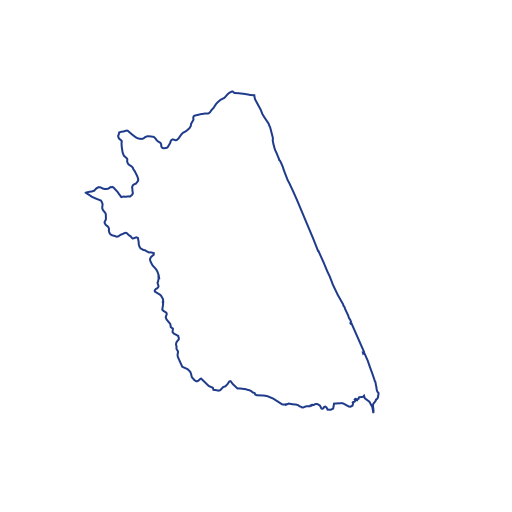 the district of Seluma, Bengkulu, Indonesia, rotated 210°
{"feature_id": "22746128B87861638449066", "entity_name": "Seluma", "entity_type": "district", "adm_level": 2, "iso_a3": "IDN", "parent_name": "Indonesia", "parent_adm1": "Bengkulu", "projection": "albers", "projection_center": [102.762, -4.08], "detail": "fine", "context": "isolated", "style": "outline", "palette": "blue", "viewbox_px": 512, "rotation_deg": 210, "n_neighbors": 0, "source": "geoboundaries", "source_scale": "gbopen_adm2", "svg_char_len": 6104}
<svg xmlns="http://www.w3.org/2000/svg" viewBox="0 0 512 512"><g transform="rotate(210 256 256)"><path d="M436.2,294.7L436.0,293.7L435.6,292.6L435.5,291.2L434.5,290.0L433.5,289.3L433.1,289.3L432.7,289.0L431.1,288.9L430.6,288.6L429.7,288.4L428.8,286.4L427.0,283.6L423.4,279.1L421.7,277.6L420.1,276.6L419.5,276.6L416.5,275.9L416.1,275.6L415.8,275.4L415.0,273.6L413.8,272.5L412.9,271.9L411.4,271.5L408.6,271.4L407.2,271.0L406.5,270.6L405.6,269.8L403.9,269.0L403.5,268.9L399.0,265.9L396.7,264.0L396.4,263.6L396.3,263.1L396.1,263.0L395.7,262.2L396.2,258.5L397.2,257.5L398.0,255.7L397.8,254.0L397.7,253.6L396.9,252.7L396.0,251.3L394.0,248.7L393.9,247.4L394.1,246.3L394.7,245.1L394.9,244.4L396.2,243.9L399.0,241.8L400.3,241.4L402.0,239.7L402.7,239.8L402.8,240.1L404.8,240.8L408.0,242.3L409.9,242.9L411.9,243.5L413.2,244.0L414.0,244.0L414.4,243.9L414.9,244.0L415.3,243.5L416.1,243.1L416.1,242.9L416.7,242.5L417.2,241.2L417.9,240.1L420.4,238.4L422.1,237.9L424.4,237.7L425.5,237.5L426.9,236.8L427.7,235.1L428.0,235.0L428.1,234.7L428.4,233.2L428.7,232.3L428.7,231.7L429.3,231.1L430.5,229.7L431.9,228.7L434.9,226.0L435.0,225.7L432.6,225.5L430.5,225.5L428.1,225.2L423.8,225.6L417.9,226.5L417.1,226.0L415.2,224.6L414.5,223.7L413.8,221.9L413.1,220.6L412.6,220.1L411.6,219.3L408.0,217.9L407.2,217.3L406.7,216.7L404.3,212.7L404.1,209.7L403.8,209.1L402.8,208.4L401.3,207.7L400.7,207.6L399.6,207.6L398.9,207.4L397.3,206.5L396.6,205.5L396.2,204.5L395.1,203.3L393.9,202.4L392.8,202.0L391.4,201.9L388.2,202.7L386.4,203.0L385.1,204.1L383.8,206.8L382.2,208.7L381.7,209.6L381.0,210.5L380.5,210.9L379.5,211.2L376.3,210.4L374.5,210.4L373.1,209.8L371.5,209.5L370.3,210.7L369.1,212.3L367.3,212.6L364.4,209.2L363.4,207.5L361.4,205.7L359.9,204.9L356.6,204.9L354.8,205.5L353.1,205.4L350.6,205.5L349.2,206.4L348.2,206.8L346.6,207.2L346.0,206.9L345.8,207.1L345.2,205.9L345.9,204.2L346.4,202.6L346.3,200.4L345.9,199.8L344.7,198.6L342.8,197.3L340.8,196.1L337.5,195.1L335.4,194.3L333.6,193.2L330.7,190.7L329.3,189.0L329.9,189.0L328.7,187.2L328.6,186.2L328.0,184.8L328.0,183.8L327.2,182.8L326.1,181.9L325.2,180.9L325.1,179.9L325.5,178.5L326.3,177.2L326.5,175.5L325.7,174.6L319.9,174.5L318.3,174.1L315.4,172.4L314.3,171.4L313.8,169.5L313.5,169.2L313.6,169.7L313.4,169.8L312.3,167.7L310.3,162.6L308.4,162.1L307.2,162.2L305.2,162.0L304.5,161.4L304.1,160.6L303.7,158.0L301.9,156.4L296.3,154.3L295.2,153.1L294.9,152.6L294.3,151.8L292.4,151.6L291.7,151.6L291.2,150.8L291.0,149.9L290.1,148.3L288.3,147.7L284.8,147.9L284.4,147.8L283.4,147.9L282.4,146.8L282.0,146.6L281.4,145.6L281.2,145.2L281.7,142.2L281.6,140.8L281.1,139.5L280.8,139.0L280.0,138.4L279.3,137.5L279.0,136.6L278.0,135.5L276.0,134.5L275.5,133.8L274.5,131.1L273.2,129.5L264.5,123.2L258.6,123.8L255.0,122.8L253.4,121.5L251.0,119.0L248.3,118.1L248.7,118.0L247.1,117.7L245.6,117.6L244.5,117.9L243.6,119.1L242.8,121.7L242.3,122.4L231.9,119.8L227.5,120.3L225.9,118.8L223.9,119.7L221.0,120.7L219.9,121.9L218.9,126.1L217.3,127.9L216.6,130.9L216.4,134.0L215.4,134.9L212.1,133.5L205.9,132.0L203.8,133.2L198.1,135.6L196.6,135.8L194.9,136.4L192.4,136.6L190.8,136.2L188.6,136.6L187.4,135.6L185.5,135.9L179.4,139.1L176.1,140.3L169.9,141.1L159.1,140.6L157.3,141.4L155.0,143.3L155.0,143.0L154.0,144.2L153.8,144.4L153.8,144.6L149.9,146.0L147.2,147.3L145.4,147.8L144.1,147.8L143.3,147.6L141.3,148.0L140.6,147.8L139.4,148.4L138.4,149.7L137.6,150.7L137.0,151.2L134.3,152.7L134.2,153.6L133.3,154.0L133.5,154.7L133.0,155.3L132.3,155.2L131.6,155.7L130.7,157.3L129.2,158.4L126.9,158.5L125.8,158.4L123.2,156.7L122.2,156.8L121.5,157.9L121.6,159.1L120.9,160.1L120.6,160.3L119.8,160.2L118.9,159.9L117.8,159.2L117.2,158.7L114.3,160.3L112.9,162.5L114.6,167.2L108.2,171.4L107.3,171.8L104.2,172.0L102.2,172.0L100.1,172.1L98.7,172.8L98.4,173.6L97.6,174.5L98.1,176.6L98.4,177.2L99.0,177.5L98.9,178.1L97.9,179.0L97.7,179.5L97.7,179.9L98.0,180.8L98.2,181.0L98.7,181.1L98.6,181.9L98.4,182.1L98.1,182.2L97.4,181.5L96.7,181.4L96.3,181.6L96.5,182.6L95.8,183.6L96.1,184.5L96.1,185.2L92.9,187.5L92.6,189.0L90.7,187.2L84.9,186.5L79.7,183.3L75.8,178.6L76.9,180.8L80.1,185.2L80.5,186.7L80.0,189.9L80.0,190.9L80.3,191.6L79.7,192.8L79.6,194.1L79.8,195.1L80.3,195.8L80.7,197.4L81.5,198.7L82.4,198.9L83.6,199.6L85.1,201.1L86.2,202.7L87.2,203.7L89.6,206.6L90.5,207.0L92.2,208.6L97.5,213.2L101.4,216.4L106.9,221.2L113.2,225.8L114.0,225.6L114.3,225.0L115.1,225.8L114.6,226.0L114.2,226.3L114.4,226.9L139.5,245.3L140.1,244.7L140.7,245.1L140.8,245.9L141.0,246.7L142.6,247.9L144.4,248.7L146.7,250.8L152.4,254.7L153.9,256.1L155.1,256.5L155.7,256.9L156.2,257.6L165.6,263.1L174.8,269.4L182.0,275.2L186.8,278.5L194.2,284.2L204.5,291.6L204.8,291.4L215.1,299.6L248.8,325.2L255.8,330.3L263.5,335.7L266.6,337.6L275.6,344.9L275.6,345.0L277.4,346.6L280.3,348.8L283.0,350.6L284.1,350.8L284.6,351.5L289.9,355.6L292.4,357.3L294.6,359.3L295.5,360.4L296.3,361.0L299.1,364.2L299.4,364.6L299.9,365.9L300.9,367.2L306.3,372.7L308.4,374.8L309.1,375.1L311.2,376.9L319.1,380.8L321.4,382.1L324.9,384.9L335.1,391.2L336.3,392.4L337.9,394.4L339.3,393.6L342.2,392.3L343.3,392.0L347.8,390.3L351.4,388.7L353.1,388.0L355.8,386.5L356.4,386.4L358.3,386.8L358.7,386.7L359.1,386.4L360.4,384.5L361.1,383.0L361.4,382.1L362.4,377.2L364.9,373.4L366.1,369.8L366.6,367.5L366.7,365.6L366.8,363.1L367.5,360.1L367.7,357.6L368.1,356.3L368.8,355.4L371.6,353.8L372.9,352.6L374.6,351.4L376.3,349.7L378.8,347.4L379.7,346.4L379.8,345.8L379.6,344.7L379.4,344.2L378.3,342.8L378.3,339.7L378.3,338.0L377.5,336.0L377.5,333.5L378.7,329.9L379.5,328.3L380.8,326.3L381.3,324.6L381.6,322.2L381.9,318.9L382.6,316.9L383.1,316.3L383.6,316.0L385.6,315.6L386.4,315.4L386.8,314.9L387.2,314.1L387.3,312.9L386.8,310.7L386.9,307.8L386.9,306.3L387.2,305.3L387.7,304.8L389.4,303.4L390.5,302.9L391.6,302.9L392.4,303.3L393.1,303.9L393.7,305.0L394.5,305.7L395.4,306.2L398.0,306.2L400.3,306.7L401.3,307.3L402.9,307.8L404.2,308.0L407.7,306.6L409.9,305.4L411.3,303.8L412.1,301.8L412.5,301.2L413.4,300.4L415.0,299.5L416.9,298.9L418.6,298.7L419.6,298.7L423.8,299.2L428.9,300.2L429.8,300.3L430.3,300.2L431.1,299.6L433.3,297.3L434.8,296.2L435.9,294.9L436.2,294.7Z" fill="none" stroke="#1e3a8a" stroke-width="2"/></g></svg>